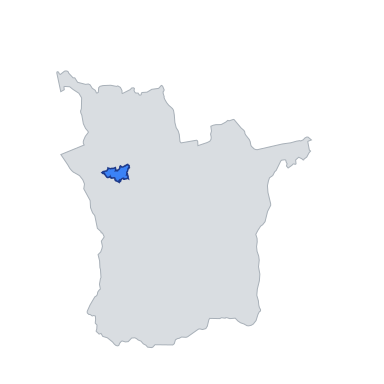 Kabalo, Katanga, Democratic Republic of the Congo shown in context, rotated 168°
{"feature_id": "63176286B58583497580401", "entity_name": "Kabalo", "entity_type": "district", "adm_level": 2, "iso_a3": "COD", "parent_name": "Democratic Republic of the Congo", "parent_adm1": "Katanga", "projection": "natural_earth1", "projection_center": [26.919, -6.185], "detail": "fine", "context": "in_parent", "style": "filled", "palette": "blue", "viewbox_px": 384, "rotation_deg": 168, "n_neighbors": 0, "source": "geoboundaries", "source_scale": "gbopen_adm2", "svg_char_len": 7615}
<svg xmlns="http://www.w3.org/2000/svg" viewBox="0 0 384 384"><g transform="rotate(168 192 192)"><path d="M312.5,255.9L287.7,260.4L288.2,262.1L287.9,263.8L287.3,265.1L284.8,268.6L281.0,271.9L281.0,272.7L282.9,276.3L284.1,281.3L283.8,290.1L284.3,292.5L284.2,294.3L282.9,296.4L280.4,307.0L282.1,312.1L286.9,316.9L289.8,320.4L294.6,321.7L295.4,321.5L295.7,318.6L299.5,317.4L299.5,336.3L299.2,337.4L298.5,337.6L297.6,337.0L297.3,335.2L296.3,334.4L291.6,336.7L290.4,336.7L289.1,336.3L288.1,335.3L287.9,333.9L284.6,328.4L282.9,328.0L281.1,323.1L273.7,319.4L270.9,319.2L269.4,318.0L268.0,314.2L265.5,311.6L264.9,308.9L264.4,308.5L262.9,309.0L261.6,313.4L260.0,314.5L256.9,314.6L249.3,313.3L243.9,311.0L242.5,311.2L240.3,309.2L239.4,305.8L239.9,303.2L239.5,302.8L231.2,305.0L229.3,306.3L227.4,306.0L226.8,305.2L227.6,303.4L227.2,301.5L226.6,300.6L224.1,299.9L223.4,297.8L221.9,297.5L221.4,297.8L221.0,299.2L220.1,299.7L215.2,299.0L210.0,300.8L203.1,300.3L199.9,302.6L199.4,302.5L198.7,301.4L198.0,297.8L198.4,296.8L199.4,296.1L199.7,294.7L199.4,291.0L199.7,290.1L199.3,288.0L198.2,284.6L196.8,281.8L193.7,277.6L193.1,275.7L193.3,271.0L194.3,263.7L194.1,258.2L192.8,254.6L192.5,250.8L193.3,243.9L192.5,242.3L176.8,241.7L176.2,241.2L175.9,240.2L176.6,236.1L167.0,237.2L164.1,237.9L162.4,239.6L161.8,241.7L161.8,244.7L160.3,247.5L159.9,252.4L157.3,252.9L154.6,252.9L149.5,251.9L144.6,253.3L142.1,254.6L140.9,253.9L136.4,254.4L135.8,254.1L130.7,244.5L128.4,241.4L127.9,239.8L128.1,238.3L127.5,236.3L125.1,231.5L124.6,229.2L124.7,225.6L124.4,224.4L122.3,221.3L120.9,220.3L119.3,219.8L93.6,220.2L85.2,219.6L79.0,220.0L75.8,219.8L75.0,219.3L72.1,220.0L70.7,221.2L68.4,221.9L67.1,221.6L64.4,218.1L68.0,217.5L68.3,217.1L68.5,208.6L67.5,207.4L69.4,206.0L72.5,202.3L75.6,200.9L76.0,200.2L76.6,200.2L77.8,201.8L80.4,203.8L83.7,202.0L84.0,201.5L84.4,197.9L85.2,197.6L86.6,198.3L87.4,198.3L88.8,197.3L93.0,195.5L94.2,197.8L93.1,199.9L93.6,201.4L93.7,203.7L94.4,204.2L97.7,204.5L98.7,203.9L105.2,195.6L106.9,194.6L109.6,191.3L113.2,189.8L114.8,187.2L116.9,182.5L117.8,175.8L117.5,164.1L117.8,162.6L122.1,157.3L126.7,147.8L129.7,145.3L132.0,144.3L135.5,140.8L138.4,137.3L138.0,133.1L138.6,129.6L140.2,125.2L140.7,120.5L140.1,115.5L140.4,111.4L142.5,105.0L142.7,97.6L144.5,91.3L148.3,83.4L150.1,77.5L149.7,71.7L150.2,67.5L150.1,64.9L149.4,62.7L149.7,61.4L151.1,60.8L152.9,58.6L156.1,52.9L159.5,50.1L161.9,49.3L164.4,49.3L166.0,49.8L168.6,52.1L171.6,53.9L173.8,56.1L176.0,59.6L181.4,60.3L183.6,61.6L185.0,62.1L185.5,61.7L186.6,61.9L189.2,62.9L191.2,62.4L201.0,64.7L202.1,63.5L204.9,57.6L206.9,55.5L210.3,55.3L212.9,56.5L214.3,56.5L226.4,51.3L228.0,51.1L232.4,52.3L235.2,51.5L236.4,51.7L238.9,50.9L240.9,47.3L242.6,46.4L259.9,50.3L262.6,48.4L263.9,48.2L267.7,49.5L268.9,51.7L271.2,53.6L272.9,56.7L275.5,58.5L276.8,60.2L278.3,61.3L281.4,61.7L285.5,58.9L288.3,59.2L291.1,60.7L292.1,60.7L294.3,59.0L295.4,57.3L296.5,56.9L298.2,57.6L299.6,59.3L300.8,61.7L305.1,67.0L309.3,69.3L310.4,72.6L311.9,72.3L312.7,72.6L313.8,74.6L314.5,75.1L314.7,75.9L313.6,77.9L312.6,81.6L313.9,83.9L312.8,87.3L312.3,90.7L313.7,91.6L315.4,91.5L317.0,93.3L318.3,93.6L319.6,95.5L319.3,97.1L315.2,102.7L308.9,109.6L306.8,110.4L305.8,111.7L305.0,113.7L303.2,115.4L301.8,116.1L301.7,121.0L299.6,126.2L298.8,127.3L297.6,135.6L297.8,137.1L296.7,143.9L296.9,150.3L293.8,152.3L291.8,155.5L290.9,157.6L290.9,162.8L287.5,166.0L287.2,166.7L288.1,170.4L289.3,171.0L289.3,172.2L292.1,176.1L292.0,188.2L292.1,189.4L293.6,192.3L294.5,197.8L293.4,204.8L297.2,217.6L295.5,222.2L296.3,226.7L298.6,231.4L303.9,236.1L305.3,238.0L306.6,240.5L307.9,244.5L312.5,255.9Z" fill="#d9dde1" stroke="#a8b0b8" stroke-width="1"/><path d="M263.0,218.0L262.7,217.9L262.1,217.4L261.9,217.2L261.7,217.2L261.4,217.0L261.4,216.8L261.3,216.7L261.2,216.6L261.1,216.9L261.0,217.0L261.1,217.6L261.1,217.8L261.1,218.0L261.0,218.4L260.9,218.5L260.7,218.5L260.2,218.9L259.9,219.0L259.7,218.7L259.8,218.3L259.8,218.0L259.8,217.9L259.6,217.5L259.4,217.8L259.3,218.3L259.2,218.5L258.8,218.8L258.7,218.8L258.4,219.1L258.2,219.3L257.8,219.5L257.2,219.7L256.6,219.7L256.4,219.8L256.1,219.7L255.9,219.6L255.9,219.4L255.9,219.2L256.0,219.0L256.1,218.8L256.1,218.7L255.5,218.5L255.2,218.5L254.9,218.6L254.6,218.7L254.4,218.7L254.2,218.6L253.8,218.6L253.6,218.7L253.4,218.6L253.1,218.7L252.9,218.7L252.6,218.7L252.4,218.7L252.2,218.8L252.1,218.7L251.8,218.6L251.6,218.6L251.5,218.3L251.4,218.2L251.4,218.3L251.5,218.7L251.6,218.9L251.7,219.0L251.7,219.3L251.7,219.5L251.4,219.7L251.3,219.9L251.3,220.3L251.3,220.8L251.5,220.9L251.7,221.2L251.8,221.5L251.7,221.7L251.4,221.8L251.4,222.1L251.6,222.3L251.8,222.4L252.4,222.4L252.1,222.9L251.9,222.9L251.7,222.9L251.5,223.0L251.4,223.2L251.4,223.4L251.5,223.6L251.9,224.1L251.8,224.5L251.6,224.9L251.5,225.2L251.1,225.5L250.9,225.6L250.7,225.9L250.5,226.4L250.3,226.8L250.2,227.0L249.8,227.7L249.7,227.8L249.7,228.2L249.6,228.3L249.3,228.6L249.1,228.6L248.9,228.5L248.8,228.4L248.7,228.5L248.7,228.9L248.7,229.0L248.4,229.0L248.2,229.0L248.3,229.9L248.2,230.2L248.2,230.3L248.0,230.5L248.1,230.8L248.1,231.0L248.3,231.2L248.5,231.2L248.7,231.3L248.8,231.4L248.9,231.5L249.1,231.9L249.2,232.0L249.1,232.3L249.3,232.4L249.5,232.3L249.9,232.3L250.0,232.3L250.3,232.0L250.5,231.9L250.8,231.8L251.0,231.8L251.3,231.8L251.5,231.8L251.5,231.7L251.9,231.5L252.0,231.5L252.0,231.4L252.3,231.4L252.5,231.3L252.8,231.3L253.0,231.3L253.5,231.0L254.0,230.9L254.4,230.9L254.9,230.9L255.1,230.9L255.3,230.9L255.5,231.1L255.9,231.3L256.0,231.4L255.9,231.6L256.0,231.7L256.4,232.3L256.5,232.4L256.9,232.2L257.0,232.1L257.2,231.9L257.2,231.7L257.3,231.5L257.4,231.3L257.5,231.2L257.5,230.9L257.5,230.7L257.7,230.3L257.8,230.2L258.1,229.9L258.3,229.7L258.6,229.4L258.8,229.3L258.9,229.2L259.0,229.2L259.4,229.0L259.5,229.0L259.7,228.8L259.8,228.8L260.0,228.9L260.4,228.9L260.5,228.9L260.8,228.8L260.8,228.7L260.9,228.8L261.1,228.7L261.2,228.8L261.2,228.7L261.4,228.7L261.6,228.5L261.8,228.6L262.0,228.6L262.1,228.8L262.3,228.8L262.2,228.9L262.2,229.1L262.1,229.5L262.1,230.0L261.9,230.6L261.9,230.8L261.9,231.8L262.6,231.7L262.8,231.6L263.4,231.5L263.8,231.5L264.8,231.5L265.0,231.6L265.2,231.8L265.7,231.8L266.2,231.7L266.6,231.6L266.9,231.7L267.3,232.0L268.3,232.4L268.6,232.5L268.8,232.6L269.1,232.9L269.2,232.6L269.3,232.6L269.3,232.4L269.5,232.0L269.5,231.9L269.6,231.6L269.9,231.5L270.0,231.4L270.3,231.2L270.5,230.9L270.7,230.6L270.8,230.5L271.0,230.4L271.5,230.3L272.0,230.4L272.2,230.5L272.6,230.5L272.8,230.5L273.1,230.4L273.4,230.2L273.7,230.3L274.0,230.4L274.6,230.5L274.8,230.4L275.0,230.3L275.3,230.1L275.4,229.9L275.6,229.7L275.9,229.7L276.0,229.7L275.9,229.5L275.8,229.2L275.6,229.0L275.4,228.7L275.1,228.7L274.9,228.5L274.7,228.6L274.4,228.6L274.2,228.7L274.0,228.4L273.9,228.1L273.7,228.1L273.7,227.9L273.8,227.9L273.8,227.7L273.7,227.7L273.6,227.4L273.6,227.1L273.5,226.9L273.4,226.8L273.3,226.7L273.1,226.3L273.0,226.2L272.9,225.9L272.9,225.7L272.8,225.4L272.7,225.2L272.5,224.9L272.4,224.8L272.4,224.7L272.3,224.4L272.2,224.2L271.8,223.9L271.7,223.8L271.6,223.7L271.2,223.7L270.9,223.7L270.6,223.7L270.4,223.6L270.2,223.7L269.6,224.0L269.5,223.9L269.4,223.7L269.1,223.5L268.8,223.4L268.7,223.5L268.6,223.8L268.5,223.4L268.3,223.2L268.2,223.0L268.2,222.8L268.2,222.6L268.2,222.4L267.8,222.3L267.7,222.3L267.4,222.4L267.3,222.2L267.2,222.2L266.8,222.2L266.7,222.2L266.4,222.1L266.1,222.1L265.7,222.2L265.4,222.2L265.2,222.0L264.8,221.8L264.7,221.8L264.6,221.7L264.6,221.4L264.6,220.8L264.8,220.2L264.8,219.9L264.6,219.6L264.2,219.4L264.3,219.3L264.4,219.1L264.2,218.8L263.9,218.6L263.5,218.5L263.2,218.2L263.0,218.0Z" fill="#3b82f6" stroke="#1e3a8a" stroke-width="1.5"/></g></svg>